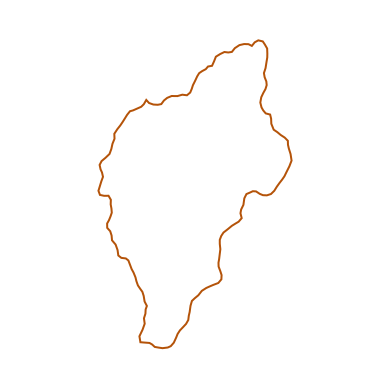 the district of Santa Helena de Minas, Minas Gerais, Brazil, rotated 7°
{"feature_id": "56859067B7306542028924", "entity_name": "Santa Helena de Minas", "entity_type": "district", "adm_level": 2, "iso_a3": "BRA", "parent_name": "Brazil", "parent_adm1": "Minas Gerais", "projection": "natural_earth1", "projection_center": [-40.656, -16.909], "detail": "fine", "context": "isolated", "style": "outline", "palette": "amber", "viewbox_px": 384, "rotation_deg": 7, "n_neighbors": 0, "source": "geoboundaries", "source_scale": "gbopen_adm2", "svg_char_len": 2384}
<svg xmlns="http://www.w3.org/2000/svg" viewBox="0 0 384 384"><g transform="rotate(7 192 192)"><path d="M249.1,40.4L246.4,36.8L243.9,33.9L239.3,33.4L236.0,35.8L233.6,39.7L230.1,38.4L225.7,38.8L221.2,40.4L217.0,44.0L214.5,48.1L211.0,49.1L207.1,49.1L203.2,51.6L199.2,54.8L198.0,59.5L196.5,64.3L192.6,65.5L190.7,68.4L187.3,70.8L184.6,73.2L183.1,76.5L181.4,81.7L179.9,85.9L179.2,89.6L178.1,93.5L175.2,96.6L170.5,96.6L165.8,98.6L160.1,99.2L155.9,101.6L153.0,104.6L150.8,108.5L147.4,109.6L143.0,109.9L138.5,108.9L135.4,106.2L133.5,110.7L131.2,113.6L127.2,116.0L123.5,118.2L120.6,119.4L118.2,123.3L116.2,127.6L114.6,131.0L112.7,134.7L110.2,138.8L107.8,143.7L108.6,148.6L107.2,153.8L106.7,159.1L105.5,164.3L101.8,168.8L98.5,172.3L97.0,176.4L98.5,180.7L100.3,183.6L101.8,187.8L100.7,192.5L100.0,196.5L99.0,202.2L101.0,206.1L105.2,206.5L109.6,205.9L112.4,209.6L112.8,214.2L114.1,218.4L114.9,222.3L114.1,226.2L113.0,230.2L111.6,233.6L112.2,237.9L115.6,240.9L117.5,245.0L118.5,249.7L122.6,253.5L125.2,258.7L126.6,264.0L129.9,266.0L134.4,266.0L137.2,267.7L139.3,271.7L141.5,275.9L143.8,279.1L146.3,283.6L147.7,287.3L149.7,291.3L152.4,294.4L154.9,297.1L156.7,301.0L158.3,306.5L161.1,310.6L160.3,314.2L160.6,318.5L159.7,323.2L161.1,328.5L159.7,334.7L157.4,341.6L159.1,347.4L163.8,347.2L168.2,347.0L171.0,348.2L173.9,350.3L177.7,350.5L181.8,350.6L186.9,349.3L189.7,347.6L192.3,343.8L194.0,338.5L195.0,334.7L196.9,330.8L199.9,326.8L202.2,323.6L203.9,319.5L203.9,315.2L204.3,311.4L204.4,305.1L205.2,300.1L207.7,297.1L210.9,293.7L213.8,288.9L217.9,285.5L221.2,283.5L224.3,281.7L229.2,279.1L231.8,275.1L231.5,270.9L229.9,267.4L227.5,262.8L226.9,259.0L227.1,255.3L227.1,250.4L227.1,245.3L225.9,240.1L225.4,236.1L226.4,232.0L228.2,228.4L232.1,224.5L235.7,220.7L238.8,218.2L241.9,215.8L244.5,211.9L242.7,207.2L242.9,203.4L244.6,198.5L244.7,191.9L246.3,187.4L249.6,185.5L252.3,183.8L255.5,183.6L259.5,185.6L262.8,186.5L266.7,186.2L270.6,184.4L273.5,180.8L275.6,176.3L277.8,172.3L279.9,168.8L281.8,165.2L283.5,160.3L285.5,154.7L287.0,148.7L285.2,142.3L282.8,137.0L281.5,133.4L280.9,129.5L277.4,126.7L273.1,124.6L269.4,122.2L265.5,120.2L262.4,114.6L261.6,109.6L260.1,105.6L255.6,105.0L252.8,102.4L250.7,99.6L248.9,94.9L249.2,89.5L250.7,85.0L252.4,80.8L253.1,76.8L252.3,73.2L250.1,69.2L248.9,65.2L249.9,60.1L250.1,54.1L250.3,49.3L249.9,45.4L249.1,40.4Z" fill="none" stroke="#b45309" stroke-width="2"/></g></svg>